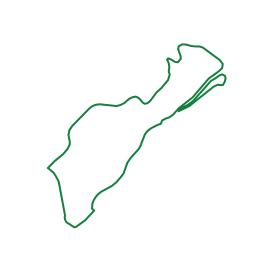 Tiền Giang, Albers equal-area conic projection, rotated 311°
{"feature_id": "VNM-4834", "entity_name": "Tiền Giang", "entity_type": "Province", "adm_level": 1, "iso_a3": "VNM", "parent_name": "Vietnam", "parent_adm1": "", "projection": "albers", "projection_center": [106.405, 10.409], "detail": "fine", "context": "isolated", "style": "outline", "palette": "green", "viewbox_px": 256, "rotation_deg": 311, "n_neighbors": 0, "source": "natural_earth", "source_scale": "10m", "svg_char_len": 1408}
<svg xmlns="http://www.w3.org/2000/svg" viewBox="0 0 256 256"><g transform="rotate(311 128 128)"><path d="M197.5,121.6L200.9,119.4L203.6,116.3L205.3,112.7L206.9,112.7L208.1,116.0L208.6,119.8L210.3,122.5L214.9,122.4L216.8,120.5L220.4,114.1L222.9,112.7L226.8,114.1L229.3,117.5L231.2,121.6L233.4,124.9L236.4,128.4L237.8,131.8L239.5,152.3L238.5,157.5L234.9,159.8L230.4,159.3L218.2,156.5L193.6,156.7L176.5,153.4L167.7,153.3L163.2,152.2L159.5,150.1L156.1,148.8L152.5,150.0L150.2,148.5L142.4,145.4L139.5,144.8L136.6,144.7L133.8,145.1L122.2,149.3L119.1,149.9L107.2,149.6L101.5,150.3L90.9,154.4L86.4,154.8L78.9,154.8L73.3,153.7L62.1,149.5L58.4,148.9L54.7,148.9L51.1,149.5L47.7,150.7L43.6,153.7L43.4,156.6L30.1,156.2L18.7,153.5L17.8,152.3L16.5,143.4L17.2,141.4L18.6,139.2L20.8,137.7L42.0,111.0L44.2,105.5L45.4,101.4L45.3,93.8L54.5,94.3L65.9,96.2L72.3,96.1L77.1,95.0L79.5,93.1L83.7,87.6L88.0,85.2L92.8,84.6L117.2,86.0L121.2,86.8L124.3,88.4L127.3,91.0L137.0,104.9L140.2,107.1L144.3,108.8L150.9,109.8L154.5,111.4L156.7,113.2L157.5,115.5L157.6,117.7L156.8,122.6L157.3,124.8L159.5,126.4L162.7,127.0L173.5,126.2L180.4,127.0L190.4,126.8L195.7,124.4L197.5,121.6ZM222.9,161.4L228.2,162.7L230.3,164.0L231.0,167.1L229.5,169.1L226.2,170.7L222.9,171.4L221.5,170.3L219.5,167.3L214.9,165.4L184.5,159.8L173.3,154.9L176.9,154.7L184.8,158.0L191.1,159.4L217.9,159.7L222.9,161.4Z" fill="none" stroke="#15803d" stroke-width="2"/></g></svg>